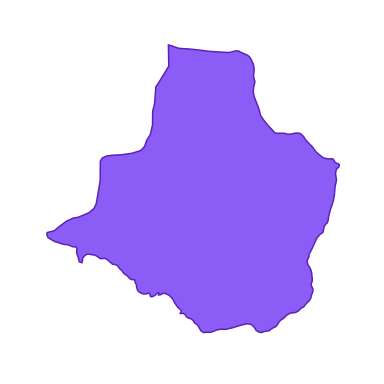 the district of North Tongoa, Shefa, Vanuatu, rotated 82°
{"feature_id": "77236927B34158198253981", "entity_name": "North Tongoa", "entity_type": "district", "adm_level": 2, "iso_a3": "VUT", "parent_name": "Vanuatu", "parent_adm1": "Shefa", "projection": "orthographic", "projection_center": [168.569, -16.896], "detail": "fine", "context": "isolated", "style": "filled", "palette": "violet", "viewbox_px": 384, "rotation_deg": 82, "n_neighbors": 0, "source": "geoboundaries", "source_scale": "gbopen_adm2", "svg_char_len": 3657}
<svg xmlns="http://www.w3.org/2000/svg" viewBox="0 0 384 384"><g transform="rotate(82 192 192)"><path d="M43.1,194.9L64.2,197.5L77.2,208.2L82.9,213.2L99.4,216.8L106.6,219.7L120.2,221.8L129.5,225.4L134.5,229.7L140.3,232.6L143.8,236.9L145.3,246.2L145.3,257.0L144.5,265.6L144.5,272.0L146.0,276.3L148.8,278.5L168.2,281.4L190.4,288.5L194.7,291.4L198.3,297.1L201.2,308.6L201.2,312.9L203.3,320.1L207.6,328.0L211.2,333.7L212.0,341.2L214.0,341.7L216.9,341.0L218.5,339.3L220.1,337.2L222.2,334.5L223.4,331.6L224.9,328.9L226.3,325.3L226.8,322.7L228.1,320.2L229.7,317.6L230.1,314.8L231.8,313.8L234.1,314.3L236.1,314.7L238.3,314.4L240.6,313.8L242.1,313.7L245.6,313.2L246.7,310.8L244.8,310.0L242.1,309.4L240.1,307.0L239.0,304.9L239.0,303.0L239.9,300.7L240.9,297.2L242.4,295.0L245.2,292.1L245.5,289.5L245.6,287.4L247.1,285.4L249.6,283.2L252.3,280.9L252.8,279.3L253.7,276.9L255.6,275.4L257.9,274.3L259.9,272.6L263.2,270.8L264.9,269.0L266.8,267.1L269.0,265.8L270.1,264.3L270.7,262.4L271.2,260.8L273.0,260.9L274.1,260.8L276.0,259.9L278.2,260.1L281.2,259.7L283.0,258.9L284.6,257.1L286.3,254.1L286.6,251.4L286.0,249.5L287.2,247.8L288.8,247.9L290.0,247.4L290.0,245.2L289.3,243.3L288.3,241.7L287.6,240.4L287.2,239.7L287.3,238.9L288.3,238.8L289.3,239.4L289.4,237.7L288.5,235.5L288.5,233.2L289.4,231.4L291.2,228.9L293.6,227.1L296.1,225.6L299.8,224.4L303.0,222.7L304.3,222.1L304.6,221.7L306.3,220.3L307.7,219.2L308.9,219.4L310.6,220.6L310.8,219.8L310.9,217.7L312.5,215.8L314.8,214.9L316.4,213.0L317.4,210.6L319.5,208.7L322.1,207.6L324.4,205.0L327.1,203.9L330.5,202.6L332.8,200.1L333.0,196.9L333.5,193.5L333.1,190.6L332.8,189.6L332.1,186.5L331.9,183.7L332.2,180.4L332.7,177.5L332.4,174.2L332.1,170.7L331.3,166.0L330.5,160.5L330.2,155.3L331.1,152.6L331.3,152.1L332.6,150.6L333.0,150.3L335.0,149.0L338.1,147.7L340.2,144.9L340.9,142.5L340.2,140.4L340.2,137.4L340.0,134.7L338.8,132.8L337.8,130.4L336.9,127.7L334.9,125.5L333.2,124.3L330.9,121.5L330.0,119.2L329.1,117.7L328.1,116.7L326.5,114.0L325.6,111.2L325.7,108.9L325.7,106.2L324.8,103.5L323.6,102.1L322.0,99.7L321.5,97.6L319.4,95.4L317.7,93.4L315.8,90.9L313.7,89.2L310.9,88.1L307.9,86.4L305.8,85.8L304.6,85.8L302.8,86.4L300.9,86.9L299.0,86.5L297.2,85.4L294.2,84.9L291.7,85.0L289.2,84.7L285.8,85.1L282.8,86.0L280.1,87.4L278.9,87.5L277.2,87.6L276.4,87.4L274.8,87.0L273.0,85.4L270.1,84.8L267.4,82.9L263.9,80.4L260.5,78.3L257.2,76.2L254.5,74.3L251.7,71.0L251.2,70.0L250.4,68.1L248.6,67.3L245.1,66.2L242.8,64.4L241.3,62.3L238.5,60.9L235.1,60.1L229.4,57.7L224.2,55.1L220.9,53.5L215.8,51.7L215.5,51.6L210.8,50.5L206.9,49.6L204.2,48.7L201.4,47.6L199.9,47.2L196.6,47.3L194.1,47.3L191.0,46.5L188.9,45.1L187.6,43.0L185.5,42.3L184.3,43.3L183.8,44.7L182.3,46.3L180.2,47.0L178.8,47.9L178.4,49.9L178.2,52.6L177.4,54.9L176.1,57.5L173.7,59.9L170.8,62.6L168.7,64.1L165.1,65.9L162.7,67.5L161.6,68.3L158.4,70.7L155.7,72.5L152.9,73.6L149.8,75.9L148.7,77.6L148.1,80.4L148.2,83.7L148.5,85.8L148.1,88.9L147.5,91.0L146.8,91.9L146.6,93.0L146.1,96.3L145.8,99.2L145.3,101.1L144.3,102.2L143.1,103.0L141.8,103.9L141.3,104.1L140.6,104.5L139.8,105.2L138.6,106.1L137.4,107.1L135.6,108.1L132.8,109.8L130.5,111.1L126.4,113.2L124.4,113.6L120.8,113.9L117.2,114.6L113.6,115.4L110.4,116.2L106.9,117.0L103.7,117.4L100.6,117.2L97.3,116.5L94.2,115.3L91.2,114.3L88.8,114.8L85.2,114.8L81.4,113.8L78.2,113.3L74.3,113.4L70.1,114.6L66.9,115.8L64.4,117.7L63.0,120.1L60.1,124.8L58.9,126.1L58.3,129.5L58.6,131.9L58.7,132.3L59.0,135.0L58.8,137.6L58.0,140.9L57.2,145.3L56.9,146.7L56.0,151.0L55.0,155.7L53.9,159.9L52.4,165.3L51.2,169.9L49.8,175.7L49.3,178.3L48.8,181.1L47.6,185.7L46.3,188.2L45.9,189.2L44.6,191.4L43.1,194.9Z" fill="#8b5cf6" stroke="#5b21b6" stroke-width="1.5"/></g></svg>